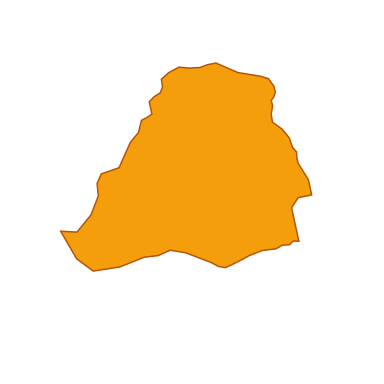 Kibale, Equal Earth projection, rotated 320°
{"feature_id": "UGA-3108", "entity_name": "Kibale", "entity_type": "District", "adm_level": 1, "iso_a3": "UGA", "parent_name": "Uganda", "parent_adm1": "", "projection": "equal_earth", "projection_center": [31.133, 0.921], "detail": "fine", "context": "isolated", "style": "filled", "palette": "amber", "viewbox_px": 384, "rotation_deg": 320, "n_neighbors": 0, "source": "natural_earth", "source_scale": "10m", "svg_char_len": 912}
<svg xmlns="http://www.w3.org/2000/svg" viewBox="0 0 384 384"><g transform="rotate(320 192 192)"><path d="M301.3,213.3L297.7,222.1L297.8,228.7L294.4,232.9L291.8,238.1L289.1,257.3L281.8,271.2L269.7,264.6L258.2,268.0L242.2,298.4L237.9,294.6L232.9,295.1L227.0,290.8L219.8,289.5L208.0,281.9L195.3,277.6L183.5,275.2L169.0,271.5L164.5,266.1L161.2,258.1L148.1,234.5L137.8,222.5L125.3,219.0L113.6,211.3L88.5,203.0L65.5,189.1L60.7,169.0L64.6,146.5L66.2,137.6L78.1,148.8L99.9,144.6L117.7,134.8L124.7,124.5L134.1,119.8L151.7,126.5L177.0,114.2L189.2,112.1L199.4,104.6L204.5,105.8L211.3,106.6L217.3,95.3L224.4,94.7L231.6,95.6L237.0,92.5L241.0,85.9L251.0,85.6L262.3,88.0L269.9,95.6L278.1,101.7L286.0,104.6L293.2,108.6L304.0,130.1L318.6,147.0L323.3,154.2L322.7,163.7L320.0,169.1L315.8,171.7L311.5,172.8L309.3,177.6L302.6,183.4L298.5,190.2L301.4,201.8L301.3,213.3Z" fill="#f59e0b" stroke="#b45309" stroke-width="1.5"/></g></svg>